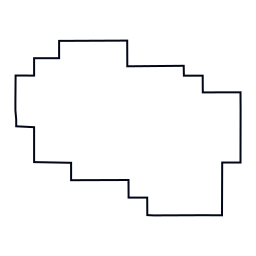 outline of Crook, Oregon, United States of America
{"feature_id": "52423323B85535624686222", "entity_name": "Crook", "entity_type": "district", "adm_level": 2, "iso_a3": "USA", "parent_name": "United States of America", "parent_adm1": "Oregon", "projection": "equal_earth", "projection_center": [-120.413, 44.131], "detail": "fine", "context": "isolated", "style": "outline", "palette": "ink", "viewbox_px": 256, "rotation_deg": 0, "n_neighbors": 0, "source": "geoboundaries", "source_scale": "gbopen_adm2", "svg_char_len": 473}
<svg xmlns="http://www.w3.org/2000/svg" viewBox="0 0 256 256"><path d="M240.5,92.3L202.8,92.4L202.7,75.7L183.9,75.7L183.7,65.8L127.3,66.3L127.2,40.6L59.1,40.9L59.1,58.2L34.1,58.2L34.1,75.6L15.6,75.5L15.4,101.4L15.4,110.1L16.2,119.6L16.2,126.3L34.1,127.2L34.1,162.1L71.1,162.8L71.1,180.2L128.5,180.0L128.6,197.6L147.2,197.6L147.3,215.1L153.6,215.4L203.4,215.2L222.0,215.3L222.2,162.5L240.5,162.5L240.6,109.8L240.5,92.3Z" fill="none" stroke="#020617" stroke-width="2"/></svg>